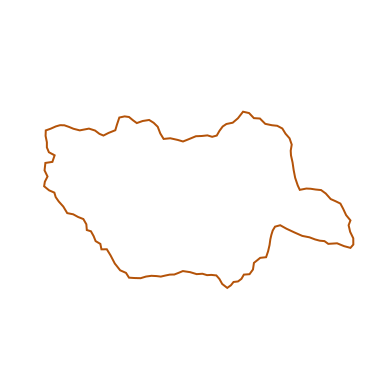 the district of Japaraíba, Minas Gerais, Brazil, rotated 155°
{"feature_id": "56859067B41178234264515", "entity_name": "Japaraíba", "entity_type": "district", "adm_level": 2, "iso_a3": "BRA", "parent_name": "Brazil", "parent_adm1": "Minas Gerais", "projection": "robinson", "projection_center": [-45.532, -20.134], "detail": "fine", "context": "isolated", "style": "outline", "palette": "amber", "viewbox_px": 384, "rotation_deg": 155, "n_neighbors": 0, "source": "geoboundaries", "source_scale": "gbopen_adm2", "svg_char_len": 1981}
<svg xmlns="http://www.w3.org/2000/svg" viewBox="0 0 384 384"><g transform="rotate(155 192 192)"><path d="M298.5,309.6L301.0,304.7L302.5,298.4L304.7,293.7L304.9,288.5L301.0,283.3L305.8,278.3L312.6,280.3L316.5,273.9L316.4,267.1L321.0,263.5L323.6,259.7L320.8,253.9L317.0,249.6L317.7,245.0L316.8,239.8L314.8,233.2L314.0,225.6L309.1,222.0L305.8,217.5L301.9,213.4L301.4,207.4L303.4,202.0L300.2,199.1L299.8,193.6L300.1,188.2L297.0,183.7L298.3,178.3L293.4,176.1L292.6,168.9L292.2,159.8L290.2,151.4L286.0,146.6L285.3,141.0L280.6,138.4L275.0,135.6L269.4,134.8L264.2,133.2L259.7,130.8L256.0,128.5L251.2,127.5L247.0,126.5L242.9,124.7L238.4,124.4L233.7,124.2L227.5,120.1L222.5,115.6L217.1,113.5L213.5,110.3L209.5,108.7L205.2,106.1L203.9,101.6L203.5,95.9L200.6,90.2L196.2,91.0L192.4,92.9L188.1,91.5L183.9,92.4L179.9,95.2L174.6,93.2L169.5,96.0L165.8,101.6L158.0,103.5L152.4,101.6L148.1,106.1L144.1,111.2L141.0,116.0L138.2,119.6L135.1,123.0L131.4,125.5L126.1,124.6L121.9,118.8L116.2,112.0L110.6,105.6L104.7,101.3L100.5,97.0L96.8,93.9L92.7,91.5L90.4,87.4L82.2,84.2L77.1,78.7L72.0,74.4L68.0,76.2L65.4,81.9L65.5,89.1L64.1,95.7L60.4,99.3L62.1,105.9L62.1,113.0L62.4,118.8L65.8,123.0L69.3,127.0L71.4,134.1L74.2,139.2L78.9,142.0L83.1,144.8L86.9,146.8L93.4,148.4L93.4,153.2L92.5,161.3L90.6,168.9L88.4,176.2L86.8,183.4L85.1,187.7L81.6,192.8L80.9,199.4L82.6,205.3L83.3,211.4L86.8,216.0L91.3,218.7L96.8,222.8L99.4,229.9L104.7,232.8L106.9,239.4L111.8,243.2L119.2,239.4L125.8,237.6L132.1,239.1L136.5,238.4L141.3,235.8L145.7,232.7L150.4,233.5L154.1,236.8L159.4,238.6L164.9,240.9L169.7,241.1L173.9,241.3L178.8,241.6L182.9,245.2L189.0,249.9L195.3,252.1L196.0,258.5L195.5,265.6L197.5,270.9L200.4,275.4L206.7,277.2L212.9,277.8L215.2,282.0L217.4,286.6L221.1,289.0L226.4,290.2L231.7,284.6L235.4,280.4L242.7,280.8L248.4,280.6L251.3,283.8L253.9,288.7L258.6,293.0L267.7,295.3L272.7,299.4L276.1,303.1L279.5,306.4L283.3,308.3L287.7,309.0L293.3,309.1L298.5,309.6Z" fill="none" stroke="#b45309" stroke-width="2"/></g></svg>